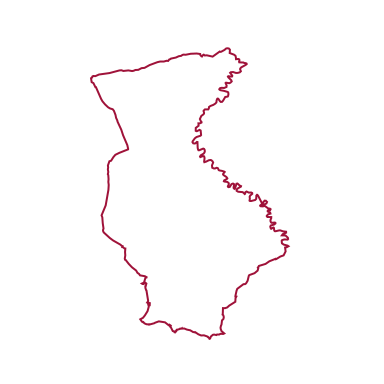 the district of Kicukiro, Kigali City, Rwanda, rotated 249°
{"feature_id": "39286606B56607574087647", "entity_name": "Kicukiro", "entity_type": "district", "adm_level": 2, "iso_a3": "RWA", "parent_name": "Rwanda", "parent_adm1": "Kigali City", "projection": "albers", "projection_center": [30.116, -2.016], "detail": "fine", "context": "isolated", "style": "outline", "palette": "rose", "viewbox_px": 384, "rotation_deg": 249, "n_neighbors": 0, "source": "geoboundaries", "source_scale": "gbopen_adm2", "svg_char_len": 6041}
<svg xmlns="http://www.w3.org/2000/svg" viewBox="0 0 384 384"><g transform="rotate(249 192 192)"><path d="M106.8,262.6L107.7,262.0L110.0,258.8L111.8,257.6L112.9,257.8L114.4,258.3L114.8,258.9L114.6,261.3L113.3,264.2L113.7,264.9L115.0,265.1L117.9,263.7L119.3,260.4L120.1,261.6L120.3,265.3L121.2,265.6L122.7,262.8L124.5,260.7L124.9,259.7L125.4,256.1L125.8,255.2L126.6,255.0L129.1,255.6L129.6,255.4L129.7,254.5L129.2,252.9L129.5,252.5L131.5,252.6L132.5,253.5L132.2,257.0L132.7,258.6L133.3,258.8L133.8,258.4L134.7,255.3L135.3,254.9L136.5,254.8L137.7,255.2L139.2,256.6L140.2,257.0L141.6,253.5L142.4,253.1L143.0,253.3L143.9,255.1L143.7,257.5L144.9,257.6L146.2,256.1L146.7,255.7L147.3,255.9L147.7,256.7L147.1,258.5L147.8,259.2L148.5,258.8L149.4,257.2L152.9,255.0L153.2,252.9L154.1,251.0L154.6,250.7L155.0,250.8L155.5,252.5L154.5,255.2L154.6,257.3L155.8,258.5L156.4,258.2L157.4,257.8L157.9,256.6L156.6,254.5L157.2,253.2L164.5,252.4L165.9,252.0L166.1,251.7L165.6,250.8L162.6,249.5L161.9,248.1L162.4,243.9L162.9,242.8L163.3,242.6L165.0,243.6L166.9,244.1L167.8,245.0L168.7,247.6L169.5,247.8L170.3,247.1L171.1,244.8L172.9,243.1L172.7,241.8L171.4,241.0L171.2,240.5L173.7,239.3L175.7,235.2L177.1,234.1L178.3,234.4L179.0,236.4L179.5,239.6L179.9,239.9L181.0,238.8L183.6,237.5L183.8,236.5L180.3,233.8L179.8,232.7L180.7,232.3L181.4,232.5L184.2,234.1L185.2,233.3L185.2,231.7L183.2,229.1L183.4,227.9L183.8,227.5L184.5,227.5L185.7,228.9L186.7,229.4L187.4,229.4L188.8,228.5L190.2,225.9L190.6,225.6L191.3,226.2L191.7,229.3L192.1,229.9L193.7,229.5L196.5,227.5L197.3,227.3L197.8,227.6L199.0,229.7L199.5,229.4L201.0,227.5L202.4,225.2L202.9,224.8L204.9,224.7L205.5,224.1L205.8,223.6L205.7,221.9L206.1,220.9L207.4,219.6L209.7,220.2L211.9,222.3L213.2,222.2L214.7,221.5L215.3,220.6L215.6,219.1L215.3,216.1L215.4,214.2L216.0,214.2L219.2,215.9L220.9,216.1L221.6,215.2L221.6,212.3L222.2,212.2L223.1,213.3L223.7,216.7L224.4,217.8L225.5,218.6L227.0,218.9L227.9,218.7L228.5,218.0L228.4,213.5L228.7,213.0L229.6,212.9L231.1,213.1L236.7,215.0L237.0,214.5L236.2,212.6L236.4,211.6L237.0,210.6L238.4,210.3L239.1,210.8L241.1,213.9L241.7,215.9L241.5,220.1L241.9,220.9L246.3,222.1L247.3,221.3L247.0,218.3L247.5,217.6L247.8,217.4L250.5,218.5L251.5,221.9L253.8,222.6L253.3,224.0L253.4,225.7L253.8,226.0L255.1,225.6L257.3,225.5L259.7,228.0L260.4,230.5L260.9,231.3L261.8,231.7L263.5,231.8L263.8,232.1L264.5,233.7L263.3,236.8L263.9,237.6L265.3,238.4L265.7,240.1L265.7,243.2L266.2,245.5L266.9,246.9L268.7,247.8L270.0,249.0L270.0,249.6L269.5,250.0L266.8,250.6L265.8,251.1L265.4,252.3L266.1,253.7L268.8,257.1L268.3,259.5L268.7,260.1L270.3,261.1L272.0,261.5L272.6,261.2L275.1,257.9L276.8,255.1L277.6,254.4L278.2,254.3L278.9,255.5L278.6,257.1L277.6,259.3L277.7,261.8L279.0,262.5L281.7,262.4L281.9,262.9L280.2,265.8L280.3,267.1L281.0,268.7L282.3,268.7L286.0,267.0L286.9,266.9L287.1,267.4L285.7,269.9L285.5,270.9L286.2,271.3L289.6,270.3L289.9,271.1L289.3,273.3L287.4,275.7L286.8,277.4L286.6,279.5L287.2,280.9L289.4,280.9L290.0,281.3L290.7,282.6L291.4,287.6L291.8,288.9L292.3,289.0L293.0,288.4L293.7,287.0L294.4,286.5L296.1,282.6L296.7,282.6L298.0,283.5L298.9,283.6L299.6,282.9L300.2,280.7L302.0,281.2L303.6,281.4L305.2,280.4L308.2,277.0L311.3,278.4L312.8,277.8L313.6,276.3L313.7,275.1L313.0,273.3L312.5,269.5L312.7,268.6L313.2,268.2L311.0,259.8L314.3,254.8L314.9,252.8L316.0,252.2L315.8,251.1L314.9,249.9L315.2,249.5L316.7,248.9L317.9,249.1L319.6,246.0L321.5,240.4L322.4,235.3L323.3,233.3L323.4,232.2L323.0,230.7L323.5,228.3L323.3,225.1L324.1,220.1L323.8,219.5L323.9,218.3L322.9,216.7L323.6,215.4L323.9,212.4L325.2,209.1L325.6,206.3L325.7,197.9L324.9,192.2L325.7,189.3L325.3,185.6L326.2,182.9L326.1,181.0L326.4,179.4L328.3,176.2L329.6,171.3L330.9,169.8L331.5,167.9L332.6,157.6L335.0,147.3L334.8,143.3L335.7,141.4L335.5,140.3L334.7,139.9L334.4,138.5L330.5,137.7L329.0,139.0L324.5,139.4L324.3,139.9L311.6,140.5L308.8,140.9L305.0,142.2L301.2,144.0L299.4,145.4L297.7,147.6L295.8,148.2L291.4,148.2L288.4,147.7L285.6,147.9L284.4,147.7L275.5,148.3L269.7,148.0L258.9,148.4L255.4,147.9L254.7,147.6L254.6,138.2L254.2,133.8L252.8,131.2L250.2,127.7L250.3,125.9L246.9,123.0L244.9,122.5L243.4,121.6L240.6,121.0L238.8,119.8L237.8,119.9L233.9,118.7L231.4,117.5L228.5,116.8L223.9,114.7L210.4,106.6L202.6,99.2L200.5,99.2L194.9,97.5L189.6,96.3L188.4,95.3L187.3,95.0L185.9,95.1L178.5,98.8L175.0,101.0L168.5,106.3L166.9,107.1L166.3,107.8L165.5,107.2L165.2,107.8L163.4,108.8L163.1,109.5L160.0,108.0L156.7,107.0L154.0,105.4L152.8,105.2L152.4,105.7L147.5,107.2L143.2,109.0L138.7,111.7L136.1,112.1L134.5,113.2L132.8,113.6L130.3,117.8L128.1,119.6L129.0,118.1L125.0,115.0L124.6,114.4L124.5,112.4L123.9,112.8L123.4,113.8L124.1,115.9L122.9,116.6L120.5,114.9L120.6,114.6L119.0,114.1L116.7,114.0L116.4,114.2L105.9,112.0L104.9,110.6L103.4,112.8L101.6,112.0L102.4,110.8L100.5,110.6L96.7,107.8L93.6,103.7L92.1,101.1L91.7,98.1L88.9,98.8L87.8,99.7L87.9,100.0L86.5,100.5L85.5,101.4L84.6,102.5L83.7,105.0L83.5,104.9L83.0,109.8L83.2,110.7L83.1,114.7L80.0,120.1L76.1,122.4L76.3,123.3L75.0,124.2L74.7,124.3L74.2,123.3L73.0,123.8L69.1,124.2L68.3,125.4L67.7,125.4L67.7,125.7L67.1,125.9L68.0,127.4L67.8,127.5L68.1,127.9L68.4,127.7L68.9,128.4L68.6,129.7L68.5,131.8L68.7,132.0L68.2,133.2L68.4,133.8L68.0,133.8L67.3,135.9L65.4,137.9L63.5,140.8L60.8,142.9L60.0,144.7L59.7,144.6L59.1,145.4L56.9,146.9L54.8,149.1L53.9,151.8L52.0,154.1L51.2,154.9L50.9,154.8L49.6,155.6L48.7,155.7L48.7,156.4L50.3,157.8L51.2,160.3L51.0,161.5L49.7,163.5L50.0,164.3L49.2,166.2L49.4,167.9L48.3,170.2L48.4,171.4L51.6,169.7L53.8,169.7L55.1,170.0L56.9,171.2L57.6,172.0L61.4,174.0L62.1,175.7L63.3,176.6L64.6,177.0L66.0,177.0L66.6,176.6L67.5,177.2L72.5,179.3L71.7,181.2L71.6,183.5L72.6,186.0L74.0,193.1L77.3,194.6L78.5,195.9L79.0,195.1L79.6,195.4L84.0,198.3L85.4,199.6L87.5,207.0L87.0,208.5L87.3,209.7L89.2,212.1L93.4,215.0L93.9,215.7L93.8,221.3L95.1,225.1L97.3,226.7L97.8,226.4L99.0,228.0L98.5,234.9L99.6,239.4L99.7,246.0L99.2,246.1L99.2,246.7L100.1,251.4L100.0,254.8L103.0,258.1L106.8,259.0L106.5,260.6L106.8,262.6Z" fill="none" stroke="#9f1239" stroke-width="2"/></g></svg>